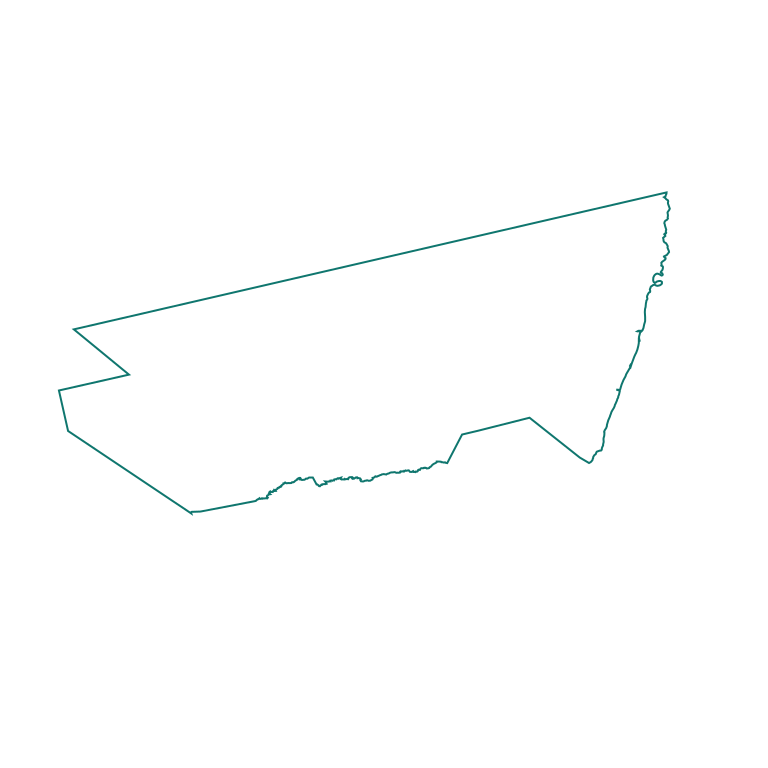 Vanimo/Green River District, Sandaun, Papua New Guinea, rotated 77°
{"feature_id": "67681753B35177268475700", "entity_name": "Vanimo/Green River District", "entity_type": "district", "adm_level": 2, "iso_a3": "PNG", "parent_name": "Papua New Guinea", "parent_adm1": "Sandaun", "projection": "equal_earth", "projection_center": [141.584, -3.431], "detail": "fine", "context": "isolated", "style": "outline", "palette": "teal", "viewbox_px": 768, "rotation_deg": 77, "n_neighbors": 0, "source": "geoboundaries", "source_scale": "gbopen_adm2", "svg_char_len": 6051}
<svg xmlns="http://www.w3.org/2000/svg" viewBox="0 0 768 768"><g transform="rotate(77 384 384)"><path d="M507.1,202.0L506.6,200.2L506.0,199.2L504.9,197.9L503.8,197.4L503.3,196.9L502.5,196.7L502.0,196.4L500.7,195.1L500.4,194.5L500.1,193.6L498.3,192.4L497.8,191.8L497.4,188.4L497.7,187.7L497.5,187.2L497.1,186.7L496.5,186.4L495.6,186.2L494.0,185.1L493.3,184.4L492.1,184.1L489.9,183.0L487.0,182.5L486.1,182.2L484.1,181.1L482.2,180.5L480.6,180.1L480.2,180.3L478.8,179.4L476.9,177.4L475.0,176.2L474.2,176.1L469.9,173.7L466.4,171.1L465.9,170.9L464.0,169.6L462.6,168.8L461.0,167.4L459.0,165.4L457.4,164.2L456.3,163.7L455.3,162.8L453.5,161.5L452.6,160.8L451.1,160.0L449.9,158.9L448.7,158.5L447.4,157.5L443.9,155.8L443.5,155.9L441.7,158.9L442.4,156.8L443.0,155.6L442.2,155.0L438.1,152.7L433.9,149.7L430.9,147.0L429.1,145.9L428.0,144.9L422.9,140.1L422.3,140.1L421.8,140.3L421.2,139.8L422.4,139.6L419.6,137.9L413.7,134.0L411.6,132.4L410.5,131.4L407.5,129.4L404.0,127.6L401.4,126.5L398.9,125.9L399.6,125.6L399.6,125.4L399.5,125.2L397.1,125.2L395.4,124.9L391.4,122.8L391.0,122.2L390.9,121.7L390.7,121.4L390.3,122.8L389.9,123.9L389.8,125.0L389.7,125.2L389.4,124.2L389.5,123.5L390.0,121.7L390.1,120.7L389.3,119.7L387.8,118.6L384.5,117.1L382.4,115.9L381.4,115.4L377.5,114.5L372.7,113.7L369.7,112.8L367.8,111.8L364.2,110.6L363.2,110.1L361.7,109.5L360.8,108.5L359.8,108.1L358.5,108.2L357.4,107.8L355.7,106.5L354.5,105.3L354.3,104.2L354.1,104.0L353.3,103.7L351.6,103.7L350.4,102.8L349.7,102.5L348.9,101.6L348.7,100.7L348.2,99.8L348.0,98.1L349.2,96.8L349.8,95.7L349.9,95.0L349.9,93.1L349.6,92.2L349.1,91.1L348.6,90.6L347.5,90.3L346.9,90.3L346.1,91.1L345.7,91.8L345.5,93.0L345.5,94.0L345.6,95.3L346.4,96.8L346.3,97.2L345.4,98.2L344.7,98.4L343.4,98.4L340.8,97.6L339.2,96.3L338.7,95.7L338.0,94.2L337.9,93.5L338.0,92.8L338.2,92.3L339.2,90.7L340.1,90.0L340.8,89.1L340.7,88.3L340.2,87.8L339.1,87.9L338.7,88.0L337.8,89.1L337.3,89.2L336.8,88.7L335.3,86.9L333.6,86.1L332.6,85.9L332.2,85.9L331.0,87.2L330.3,86.7L328.3,86.5L327.5,85.5L326.5,83.1L326.4,82.7L325.4,81.5L324.7,81.3L323.6,82.3L322.7,82.5L321.9,79.4L319.6,76.6L318.7,76.5L315.0,77.1L313.7,76.6L313.1,76.6L310.5,77.4L310.1,77.7L309.0,78.9L308.1,79.3L307.3,79.4L306.3,79.2L304.4,79.2L303.1,76.7L302.5,76.9L302.0,76.4L301.6,76.4L301.0,77.1L300.6,76.6L300.4,75.2L300.1,75.0L299.2,75.1L298.3,75.0L297.2,74.3L292.6,74.6L291.8,74.5L290.3,74.7L289.0,74.0L288.2,73.1L287.6,71.2L286.6,70.1L285.6,70.2L284.0,69.5L282.8,69.3L280.8,69.2L280.3,68.9L278.3,66.7L277.4,66.1L272.2,66.7L271.3,66.6L270.0,66.0L269.0,66.0L267.4,67.5L266.5,67.8L265.0,69.1L264.7,67.9L264.3,67.4L263.7,67.2L262.2,66.0L260.9,65.6L261.0,673.9L317.5,630.4L317.2,702.2L358.7,702.4L466.8,600.9L465.6,601.0L465.3,600.2L467.0,591.5L469.1,535.6L469.0,535.0L468.6,534.5L468.2,533.8L468.2,533.1L467.8,532.5L467.9,531.8L467.3,531.1L467.9,530.7L468.2,529.9L467.9,529.1L468.4,528.5L468.1,527.8L468.5,527.1L468.8,524.6L469.2,523.5L468.6,522.8L467.7,523.5L466.5,523.0L466.3,522.1L465.7,521.2L465.8,519.8L465.4,520.1L464.8,520.8L463.3,519.7L463.1,519.0L463.9,518.8L463.8,517.7L464.2,516.7L463.5,516.3L463.0,515.5L462.5,515.0L463.0,514.7L463.6,514.8L463.8,513.5L463.4,513.6L462.9,514.0L462.3,511.8L461.9,511.1L461.4,511.0L461.3,510.4L461.5,509.8L461.2,509.1L460.8,508.9L461.0,507.8L460.8,507.3L460.3,507.5L459.7,506.6L459.0,504.9L458.5,504.4L458.2,504.3L458.3,503.9L458.5,503.5L458.4,503.3L457.9,502.9L457.7,502.5L458.6,501.6L458.8,501.3L458.9,500.7L458.9,499.6L459.2,499.0L459.3,498.6L459.3,498.2L459.6,496.9L459.6,496.5L459.4,496.2L459.1,495.9L459.1,495.3L459.4,494.8L459.2,494.3L459.2,493.9L459.2,493.6L458.3,492.2L457.8,490.5L457.7,490.2L457.3,490.2L456.6,488.7L456.5,488.0L456.5,487.3L456.7,486.7L457.0,486.6L457.2,487.5L457.5,487.9L457.9,487.8L458.1,487.5L458.3,486.5L458.4,486.2L458.8,486.0L459.1,485.3L459.2,484.1L459.4,483.1L459.1,482.1L458.8,481.7L458.6,481.2L458.7,480.9L459.0,480.3L458.9,479.6L458.6,479.0L458.4,478.6L458.3,477.9L459.1,474.4L466.7,472.3L466.7,471.8L468.0,470.6L468.6,470.5L469.0,470.1L469.2,469.4L468.4,468.4L468.4,467.4L467.9,467.3L467.8,466.6L468.0,466.1L468.0,464.9L468.4,463.8L468.3,462.4L467.2,462.8L466.3,462.8L465.8,463.1L466.6,460.5L466.5,459.8L466.7,459.3L466.6,458.6L466.8,458.1L466.1,458.0L466.2,456.7L466.7,455.9L466.4,455.1L466.7,454.3L465.8,453.9L465.9,452.2L466.2,451.7L465.9,451.3L465.6,450.8L465.4,450.0L465.8,449.7L466.1,449.4L465.7,448.2L465.6,447.0L466.2,447.5L467.0,447.4L467.5,446.8L467.6,445.8L468.0,444.5L467.6,443.7L468.2,443.4L468.1,442.8L468.3,441.2L468.7,440.4L468.3,440.0L467.4,439.6L467.1,438.3L467.6,435.9L468.4,435.3L469.0,436.2L469.3,436.0L469.5,434.5L468.7,432.3L468.9,431.2L469.8,431.1L469.7,430.3L470.2,429.5L470.6,428.5L471.8,428.0L472.3,428.7L473.6,428.3L474.2,426.6L474.3,425.7L474.0,424.7L474.0,424.0L474.2,423.2L474.0,422.5L474.1,421.9L474.8,420.9L475.1,419.3L474.4,416.7L473.6,416.1L472.9,416.2L472.8,414.3L472.0,413.2L472.7,411.9L472.4,411.0L472.4,410.5L471.9,408.0L471.9,407.3L471.6,406.4L471.7,405.4L471.7,404.6L472.7,402.1L472.4,401.6L472.2,400.5L472.3,399.5L471.9,398.6L471.8,397.6L471.8,396.8L472.0,395.9L472.3,393.3L473.0,392.4L473.4,391.6L473.4,391.0L473.8,389.6L473.9,388.2L473.3,387.4L472.9,387.6L472.8,387.3L473.3,386.3L473.2,385.7L473.4,385.4L473.4,384.7L473.8,384.4L473.8,384.1L473.2,383.8L473.4,383.3L473.4,382.9L473.1,382.5L473.6,381.7L473.6,379.7L473.8,379.2L475.3,378.6L475.7,377.7L475.9,376.8L475.7,376.2L475.4,375.2L476.0,375.0L476.2,374.6L476.4,374.7L476.5,374.1L476.7,373.7L476.5,373.1L476.9,372.9L476.7,372.3L476.7,372.1L476.6,371.7L476.8,371.3L476.6,370.8L475.4,370.0L475.3,369.5L475.8,368.4L475.1,367.9L474.4,366.7L474.9,364.8L474.9,364.4L474.7,364.2L474.9,363.7L474.7,362.9L474.8,362.7L475.2,362.3L475.3,361.8L475.9,361.4L476.1,359.9L476.0,358.8L475.4,358.3L475.0,356.8L473.9,355.4L473.1,353.8L472.5,351.2L472.1,350.3L471.4,350.1L472.2,346.9L472.6,345.9L473.1,345.7L473.3,345.0L473.4,344.4L473.8,343.9L474.1,343.0L474.0,342.3L474.2,341.9L474.6,341.7L475.3,340.2L450.8,319.3L450.7,302.7L449.6,249.8L499.7,209.8L507.1,202.0Z" fill="none" stroke="#0f766e" stroke-width="2"/></g></svg>